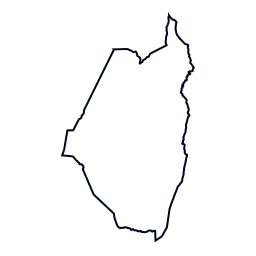 Maraita, Francisco Morazán, Honduras (Equal Earth projection)
{"feature_id": "27666195B63042217012253", "entity_name": "Maraita", "entity_type": "district", "adm_level": 2, "iso_a3": "HND", "parent_name": "Honduras", "parent_adm1": "Francisco Morazán", "projection": "equal_earth", "projection_center": [-87.016, 13.873], "detail": "fine", "context": "isolated", "style": "outline", "palette": "ink", "viewbox_px": 256, "rotation_deg": 0, "n_neighbors": 0, "source": "geoboundaries", "source_scale": "gbopen_adm2", "svg_char_len": 5640}
<svg xmlns="http://www.w3.org/2000/svg" viewBox="0 0 256 256"><path d="M187.6,44.7L187.2,44.6L186.3,44.3L185.8,44.2L185.3,44.0L184.4,43.3L179.0,37.7L179.0,37.4L178.8,37.1L177.6,35.7L177.2,35.0L176.7,34.0L176.2,32.4L176.1,31.8L176.0,31.0L175.5,28.5L175.6,27.7L175.8,26.3L175.9,25.3L176.0,24.4L176.2,22.8L176.3,22.5L176.5,22.2L175.3,20.7L174.6,20.2L173.7,19.8L172.7,19.6L172.2,19.3L170.8,17.9L169.8,16.7L169.0,15.4L169.0,15.6L168.8,16.0L168.7,16.3L168.4,17.4L168.4,18.1L168.5,18.9L168.7,20.2L168.7,21.0L168.6,22.0L168.1,23.6L167.5,25.3L167.3,25.8L166.6,27.0L166.5,27.7L166.7,28.7L166.7,29.5L166.7,29.9L166.6,30.5L166.6,31.1L166.7,31.4L166.9,32.0L167.0,32.5L167.1,33.0L167.1,33.5L167.0,34.2L166.1,36.8L166.0,39.3L165.9,40.2L165.7,41.4L165.6,42.1L165.6,42.5L165.8,43.2L166.1,43.8L166.4,44.4L166.4,45.0L166.5,45.3L150.1,53.7L149.7,54.6L148.9,56.3L148.7,56.6L148.1,56.9L147.3,57.0L146.8,57.3L146.6,57.5L146.0,58.2L145.3,59.0L144.8,59.3L144.2,59.5L143.6,59.8L143.2,60.2L142.7,61.3L142.2,62.0L140.9,62.8L140.5,63.2L140.2,63.5L139.9,63.5L139.8,63.4L139.8,63.1L140.0,61.6L140.3,60.6L140.4,59.8L140.4,59.2L140.2,58.5L139.9,57.8L139.5,57.4L139.1,57.0L137.7,56.1L137.4,55.8L137.3,55.7L137.0,54.5L136.8,53.7L136.5,52.6L136.2,52.1L135.9,51.8L135.7,51.6L135.2,51.6L134.0,52.0L133.5,52.1L133.2,52.0L131.1,50.6L129.4,50.0L128.7,49.6L128.0,49.2L127.5,49.0L126.0,49.2L125.1,49.0L113.9,49.4L114.0,49.5L84.0,110.2L83.9,111.7L83.9,112.5L83.6,113.1L83.5,113.8L83.2,114.3L82.7,114.7L82.1,115.0L81.8,115.5L81.5,117.1L81.2,117.9L80.6,118.4L79.8,118.9L78.9,119.3L73.2,130.3L67.4,130.4L64.2,149.4L62.2,155.4L69.6,156.0L70.0,156.2L70.9,156.2L71.8,156.3L72.3,156.4L73.1,156.8L73.5,157.0L74.1,157.7L75.0,159.0L76.1,160.1L76.6,160.6L77.1,160.9L77.7,161.9L78.7,162.6L79.0,162.8L79.2,163.2L79.4,163.9L79.5,164.0L79.8,164.2L80.4,164.2L81.6,164.4L81.9,164.5L82.1,164.6L82.5,165.2L83.0,165.6L83.3,166.4L83.5,167.5L83.4,167.8L83.2,168.0L83.0,168.5L83.1,169.3L83.1,170.0L93.7,194.6L113.7,213.4L114.0,214.4L114.1,215.3L114.3,216.7L114.7,218.5L115.8,221.7L116.0,222.4L116.8,224.5L117.5,226.0L119.0,227.5L119.6,227.9L120.1,228.0L121.6,227.8L122.8,227.8L123.5,227.8L123.8,227.5L124.2,227.4L125.5,227.3L126.4,227.3L126.8,227.4L127.4,228.0L127.7,228.0L128.4,228.0L129.1,228.1L129.7,228.3L130.0,228.5L130.8,229.5L131.2,229.8L131.7,229.9L131.9,229.8L132.4,229.5L132.6,229.2L132.8,229.1L133.1,229.1L133.3,229.2L133.8,229.9L134.4,230.4L135.5,230.2L135.9,230.3L137.7,231.0L138.9,231.4L139.3,231.4L140.5,231.0L141.0,231.0L141.6,231.8L141.8,232.0L142.7,232.0L143.4,232.0L144.1,232.2L144.5,232.2L144.9,232.1L146.1,232.0L146.9,231.7L148.7,230.6L149.5,230.4L149.9,230.4L150.6,230.6L151.0,230.7L151.8,231.3L152.0,231.5L152.3,231.5L152.6,231.5L153.5,230.8L154.2,230.8L154.6,230.9L155.2,231.0L155.5,240.6L161.9,236.3L166.9,227.4L169.6,208.7L170.1,207.4L170.2,206.8L170.5,206.3L171.1,204.2L177.9,186.4L179.4,185.0L180.1,183.8L181.5,182.1L182.0,181.2L182.2,180.7L182.3,179.9L182.3,178.7L182.5,178.0L182.8,177.0L183.1,176.3L183.5,174.8L183.6,174.0L183.7,171.9L183.9,170.5L184.1,169.3L184.1,168.1L184.3,167.4L184.6,166.0L185.2,163.7L186.3,158.2L186.8,156.6L187.1,155.4L187.0,155.0L186.9,154.7L186.7,154.7L186.1,154.6L185.9,154.5L185.6,154.2L185.1,153.3L184.9,152.9L184.8,152.6L184.7,152.1L184.8,151.1L184.7,150.1L184.1,148.6L184.4,146.7L184.6,145.6L184.6,145.1L184.5,144.7L184.3,144.4L184.0,144.2L183.4,144.0L182.9,144.0L182.6,144.0L182.4,143.8L182.3,143.6L182.5,143.0L182.9,142.4L183.0,142.1L183.0,141.6L183.0,141.4L182.8,141.1L182.9,140.9L183.1,140.4L183.6,139.8L183.8,139.4L183.7,139.0L183.4,137.6L183.4,137.3L183.5,136.9L183.6,136.7L183.9,136.3L184.2,134.9L184.5,134.2L185.0,133.3L185.6,131.4L185.7,130.9L185.6,130.2L185.6,129.7L185.8,128.9L186.1,128.0L186.2,127.6L186.2,127.2L186.0,125.5L186.0,124.7L186.1,124.0L186.6,122.8L187.0,122.0L187.1,121.3L187.3,119.5L187.4,119.2L187.6,118.8L187.8,118.3L187.9,117.9L188.0,117.2L188.1,116.8L188.3,116.5L188.8,116.2L189.2,115.8L189.3,115.6L189.3,115.3L189.2,114.9L189.0,114.5L188.5,114.0L187.9,113.6L187.8,113.4L187.7,113.1L187.7,112.7L187.8,112.2L188.1,111.6L188.5,110.9L188.6,110.5L188.7,109.8L188.7,109.2L188.6,108.6L187.9,107.0L187.7,105.4L187.4,104.5L187.2,104.0L186.9,103.6L186.5,103.1L186.3,102.7L186.6,100.7L186.6,100.2L186.4,99.7L186.1,99.0L185.0,98.2L184.6,97.7L184.3,97.1L184.1,96.8L183.9,96.6L183.4,96.4L183.0,96.2L182.9,95.8L182.7,95.2L182.6,95.3L182.5,95.2L182.5,94.8L182.4,94.5L181.9,93.7L181.3,93.2L181.1,92.9L180.9,92.4L180.9,91.9L180.9,91.7L181.5,91.1L181.6,90.9L181.6,90.3L181.5,89.2L181.5,88.8L181.8,88.4L182.3,87.9L182.5,87.7L182.2,86.9L182.1,86.7L182.9,86.5L183.1,86.2L183.3,85.8L183.3,85.7L183.2,85.5L182.9,85.2L182.5,85.0L182.4,84.9L183.3,84.2L183.5,83.1L183.5,82.7L184.1,82.6L184.4,82.4L185.0,80.9L185.2,80.4L185.4,80.3L186.3,80.3L186.6,80.3L186.7,80.1L186.8,79.9L186.8,79.6L186.6,77.9L186.5,77.3L186.7,77.0L186.9,76.7L187.1,76.6L187.4,76.6L187.6,76.4L187.6,76.1L187.3,75.6L187.5,75.2L187.7,74.9L188.0,74.7L188.7,74.5L189.5,74.4L190.0,74.2L190.2,73.9L190.1,73.7L189.8,73.3L189.6,73.1L189.0,72.9L188.7,72.7L188.6,72.3L188.7,71.9L188.8,71.8L189.0,71.6L189.9,71.3L191.6,71.3L192.1,71.2L192.3,71.1L192.6,70.9L192.7,70.6L192.7,69.7L192.8,69.3L193.1,68.7L193.6,68.2L193.8,67.8L193.7,67.6L193.0,66.6L191.5,64.3L190.7,63.4L190.4,63.0L190.3,62.6L190.2,62.3L190.3,62.0L190.4,61.7L190.8,60.9L190.9,60.6L190.9,60.4L190.8,60.0L190.5,59.4L189.8,57.9L189.5,57.2L189.1,56.8L189.0,56.7L189.0,56.4L189.2,55.7L189.4,55.0L189.4,54.7L189.2,54.4L188.9,54.2L188.6,53.9L188.4,53.5L188.3,53.2L188.2,52.5L188.4,50.5L188.4,49.6L188.3,49.2L187.9,47.7L187.8,47.4L188.1,45.7L188.1,45.1L187.9,44.8L187.6,44.7Z" fill="none" stroke="#020617" stroke-width="2"/></svg>